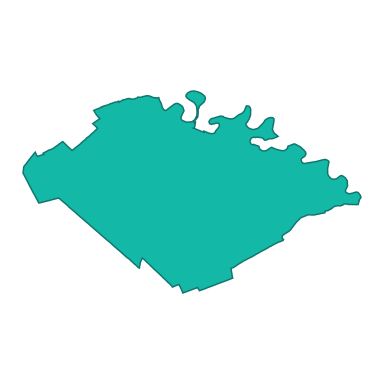 Halaucesti, Iasi, Romania (Robinson projection)
{"feature_id": "2599482B62160059118691", "entity_name": "Halaucesti", "entity_type": "district", "adm_level": 2, "iso_a3": "ROU", "parent_name": "Romania", "parent_adm1": "Iasi", "projection": "robinson", "projection_center": [26.82, 47.1], "detail": "fine", "context": "isolated", "style": "filled", "palette": "teal", "viewbox_px": 384, "rotation_deg": 0, "n_neighbors": 0, "source": "geoboundaries", "source_scale": "gbopen_adm2", "svg_char_len": 5962}
<svg xmlns="http://www.w3.org/2000/svg" viewBox="0 0 384 384"><path d="M182.8,293.0L197.7,287.5L198.0,288.4L199.2,290.0L199.3,290.3L199.4,290.7L206.3,288.2L207.3,287.7L211.8,286.1L218.0,283.7L226.6,280.5L232.7,278.1L232.0,274.9L231.9,273.8L231.7,272.7L231.5,271.6L231.1,269.0L231.0,268.3L231.8,267.9L233.4,267.6L235.0,266.5L236.6,265.5L237.9,264.5L244.1,260.7L252.6,256.4L255.8,254.5L258.5,253.0L260.7,251.7L263.2,250.4L267.3,248.2L269.6,246.7L271.5,245.9L272.5,245.2L275.9,243.4L279.2,241.9L281.1,241.3L283.2,240.3L283.3,240.1L283.3,239.6L283.5,239.4L282.3,238.4L282.1,238.1L282.2,236.2L282.4,235.8L282.6,235.6L282.8,235.2L289.0,231.2L290.6,229.8L293.8,225.5L294.0,225.2L296.2,222.4L300.9,217.7L306.7,215.4L307.8,214.8L313.9,215.0L325.0,212.7L324.9,212.2L325.0,211.1L325.6,210.9L327.1,210.8L328.2,210.5L329.2,209.9L329.9,209.4L331.0,209.1L333.2,207.2L334.3,206.5L335.0,206.2L338.0,205.7L338.9,205.8L339.3,205.8L339.5,205.8L340.6,205.8L342.2,205.3L344.0,204.2L345.2,203.8L346.0,203.9L347.8,204.4L358.1,204.6L359.6,199.4L361.0,197.3L360.1,195.0L358.2,192.5L356.2,192.0L353.0,193.0L349.4,193.8L347.4,193.2L345.7,192.1L345.4,190.3L346.3,188.7L347.6,185.7L347.3,183.3L347.3,180.8L346.6,179.8L345.5,178.0L343.1,176.2L341.6,175.5L340.1,176.0L336.4,178.9L333.6,179.2L331.4,178.9L329.0,176.5L327.7,174.1L327.6,168.6L329.0,161.5L327.6,160.3L325.1,159.4L322.5,159.9L315.6,161.7L310.3,162.5L304.0,163.6L302.0,162.4L301.3,161.0L301.0,159.4L302.0,158.1L304.8,156.3L305.9,154.0L305.6,152.3L304.1,150.3L300.4,146.9L295.0,144.0L293.6,144.0L287.9,146.3L287.9,146.7L287.5,148.0L287.0,148.8L285.5,150.1L284.6,150.5L284.0,150.6L282.0,150.7L279.1,150.1L276.6,149.4L273.9,148.4L272.4,147.6L271.7,147.4L271.3,147.4L270.7,147.6L269.6,148.6L268.7,149.0L266.9,150.3L265.9,150.7L264.2,151.0L263.6,151.0L262.6,150.8L261.7,150.4L260.5,149.7L259.5,148.7L258.9,146.3L258.7,146.2L255.3,145.1L254.7,144.8L254.3,144.6L253.9,144.5L253.5,144.4L252.5,144.7L251.1,144.1L251.0,143.9L250.0,142.1L249.9,141.5L250.5,140.0L250.7,139.1L251.2,138.3L251.7,137.9L252.4,137.6L253.6,137.3L254.0,137.1L254.8,137.2L255.1,137.5L255.3,137.6L256.7,137.2L257.9,137.2L258.2,137.3L258.8,137.3L259.8,137.5L261.9,137.8L262.8,138.2L263.3,138.5L263.8,139.4L264.5,140.1L265.2,140.2L267.1,139.8L267.8,139.5L268.5,139.0L269.0,138.8L269.9,138.7L270.9,138.8L273.0,138.6L278.1,136.4L276.4,134.8L274.2,133.2L273.1,131.0L272.4,129.0L273.9,121.7L274.0,118.9L272.9,117.8L270.6,117.5L267.6,118.4L265.0,120.2L263.3,123.0L258.1,128.2L253.7,129.6L251.1,129.1L249.2,128.3L248.1,127.6L247.3,126.7L246.3,125.4L245.8,123.9L246.2,123.1L247.1,122.4L249.3,118.6L250.5,115.3L250.7,109.5L250.0,107.3L248.4,106.0L246.4,105.9L245.5,107.9L244.4,110.9L241.9,113.5L239.2,114.5L234.3,118.2L231.5,119.0L229.1,118.7L226.5,118.1L223.6,117.1L222.7,116.2L221.9,116.4L220.5,116.1L215.6,117.5L214.0,118.2L213.2,118.3L212.4,118.3L211.8,118.5L210.7,119.2L209.9,120.0L209.4,120.8L209.1,121.2L209.0,121.4L209.0,121.9L209.5,123.2L209.5,123.6L210.4,124.0L210.5,124.1L211.4,124.4L211.8,124.3L212.2,124.0L212.9,123.9L213.6,123.9L214.0,123.9L215.8,123.3L217.0,123.1L218.2,123.2L218.9,123.7L219.4,125.0L219.5,125.3L219.3,125.9L219.1,126.4L218.4,127.7L217.6,128.8L216.8,129.5L216.3,130.3L215.6,131.0L215.4,131.4L215.3,132.5L214.0,133.2L212.7,133.6L210.6,133.6L208.0,132.8L204.2,131.3L204.5,131.9L204.1,132.5L198.6,130.2L193.4,128.1L194.3,127.9L194.4,127.7L195.0,125.6L195.2,123.9L195.2,123.5L195.4,123.0L195.4,122.5L195.5,122.4L195.5,122.2L194.0,122.6L194.0,122.0L196.9,118.1L197.6,117.4L197.7,117.0L197.8,116.7L197.8,115.8L197.9,115.1L198.1,113.8L198.2,108.9L198.8,108.3L199.5,106.0L201.3,104.5L203.8,102.2L204.8,100.6L205.4,98.7L205.1,97.1L204.5,96.0L203.3,94.9L200.9,93.1L197.9,91.9L194.7,91.1L193.4,91.0L190.5,91.4L187.7,93.0L186.3,94.6L185.9,96.2L186.9,97.8L189.7,100.0L194.1,102.5L196.4,105.8L196.9,109.0L197.1,112.9L196.7,115.9L194.6,120.0L191.8,121.8L186.6,122.2L182.1,120.4L181.0,118.7L181.0,118.0L181.3,116.3L184.0,110.8L182.9,107.3L181.7,105.8L178.3,103.6L176.2,103.4L174.1,104.3L166.0,110.4L164.7,110.4L163.5,109.3L162.4,107.6L161.2,103.4L159.3,99.8L158.8,97.6L157.8,97.8L157.1,98.1L156.8,98.1L156.6,97.9L153.9,97.6L152.5,97.3L149.9,96.1L149.3,96.0L147.7,95.7L146.6,95.8L145.0,96.1L142.5,96.7L141.5,97.1L140.6,97.3L137.8,97.1L137.3,97.9L136.1,98.2L134.4,99.0L132.7,99.1L130.9,99.1L130.5,98.9L129.9,98.6L128.7,98.5L127.5,98.7L126.2,99.0L125.7,99.3L124.4,99.8L123.6,99.7L122.9,100.1L122.1,100.3L121.2,101.0L120.5,101.5L119.6,101.5L119.1,102.1L118.6,101.2L116.8,102.0L115.8,102.0L113.1,102.8L112.7,103.1L110.2,103.8L108.1,104.9L105.9,105.4L103.7,106.2L102.9,106.7L102.8,106.4L101.6,107.0L100.9,107.3L101.0,107.5L95.9,109.5L95.2,109.9L94.3,110.1L94.2,110.3L93.8,110.4L95.5,113.4L96.6,115.0L98.4,117.2L99.8,118.7L92.7,123.6L96.0,126.7L96.6,127.4L97.6,128.2L97.6,128.4L95.0,130.7L94.0,131.8L91.6,133.8L89.5,135.9L86.5,138.1L86.2,138.4L85.7,139.2L82.0,142.2L80.1,144.1L72.1,150.4L68.5,147.2L65.7,144.5L62.8,141.6L62.5,141.6L53.4,148.3L52.2,149.0L48.4,150.3L46.7,151.4L45.4,152.0L43.1,153.2L43.9,154.3L37.3,156.4L36.4,154.6L35.2,152.2L29.6,159.1L25.7,164.3L24.1,166.2L23.9,166.7L23.7,167.2L23.3,171.1L23.0,172.5L23.0,172.8L23.1,173.2L24.9,176.6L33.0,192.3L34.3,194.5L38.8,203.0L40.5,202.7L47.5,200.9L49.7,200.4L50.1,200.2L57.2,198.4L58.9,198.1L63.0,201.7L67.0,205.0L68.0,206.0L69.0,207.1L75.2,212.3L80.3,216.9L82.4,218.6L84.0,220.0L88.9,224.2L90.3,225.5L106.6,239.7L109.9,242.3L110.9,243.2L112.9,245.2L121.2,252.3L122.1,253.2L125.9,256.6L127.4,257.9L128.6,258.5L129.4,259.3L134.4,264.0L135.6,264.9L138.0,267.2L139.1,268.1L139.4,268.1L140.5,261.8L141.1,260.8L142.3,258.1L142.8,258.4L144.4,259.7L145.2,260.5L146.3,261.7L147.1,262.4L149.2,264.3L150.7,265.9L151.3,266.4L153.9,269.0L155.2,270.1L159.5,274.1L160.4,275.1L161.5,275.9L163.0,277.6L164.7,279.1L168.5,282.9L169.6,283.7L170.7,284.9L171.5,285.7L172.5,287.1L174.0,286.4L175.7,285.7L179.0,284.6L180.1,286.7L181.4,289.5L181.7,290.0L182.2,291.3L182.8,293.0Z" fill="#14b8a6" stroke="#0f766e" stroke-width="1.5"/></svg>